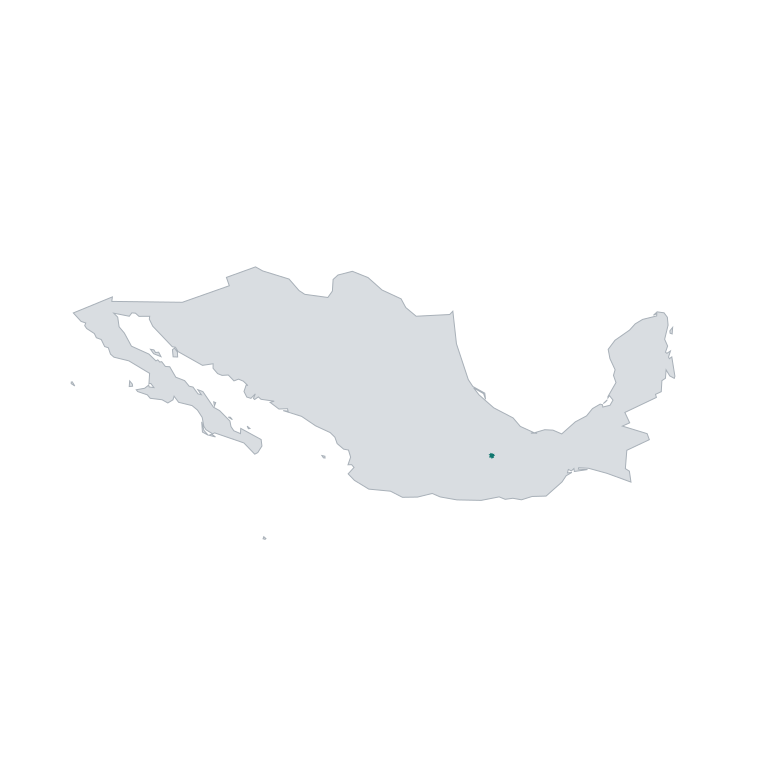 location of Ahuatlán, Puebla, Mexico, rotated 337°
{"feature_id": "50627088B15804587261784", "entity_name": "Ahuatlán", "entity_type": "district", "adm_level": 2, "iso_a3": "MEX", "parent_name": "Mexico", "parent_adm1": "Puebla", "projection": "albers", "projection_center": [-98.289, 18.572], "detail": "fine", "context": "in_parent", "style": "filled", "palette": "teal", "viewbox_px": 768, "rotation_deg": 337, "n_neighbors": 0, "source": "geoboundaries", "source_scale": "gbopen_adm2", "svg_char_len": 4981}
<svg xmlns="http://www.w3.org/2000/svg" viewBox="0 0 768 768"><g transform="rotate(337 384 384)"><path d="M125.8,197.2L168.0,197.7L165.7,201.6L230.3,230.0L280.0,233.1L280.6,224.3L311.5,226.0L316.5,232.5L337.6,250.3L342.3,264.8L346.1,270.5L366.1,282.4L372.8,278.3L378.0,267.9L384.2,265.7L398.9,267.9L410.9,279.8L418.9,296.7L433.0,312.3L433.9,322.1L440.1,334.2L471.6,345.7L475.8,343.9L466.4,375.3L463.3,412.9L464.8,421.0L473.2,431.8L471.5,437.7L471.9,431.8L465.0,422.6L467.2,431.1L475.7,448.8L489.6,465.7L492.9,476.3L502.7,487.0L500.0,486.7L505.7,489.2L503.9,487.7L514.1,488.9L521.5,492.5L528.1,499.4L545.3,493.6L558.0,492.5L566.3,488.1L575.1,487.0L577.0,488.5L576.4,490.7L583.7,491.9L588.5,488.3L587.0,482.8L584.7,484.3L585.2,483.1L598.1,473.3L598.6,465.7L602.3,461.2L601.9,448.9L603.9,439.7L613.7,434.0L631.2,430.3L638.7,426.8L647.3,425.6L661.6,427.9L662.6,425.8L658.9,426.0L663.6,424.3L669.6,427.9L670.9,433.3L668.5,440.8L659.8,452.5L659.9,459.9L655.5,464.7L656.4,466.3L660.6,465.5L656.4,470.4L656.6,472.2L659.5,471.5L654.8,490.5L653.4,492.2L650.2,488.2L649.2,481.2L645.3,488.7L641.1,489.5L636.2,499.4L629.9,499.6L629.5,502.8L594.6,504.3L595.0,515.7L587.0,515.9L606.8,532.5L606.5,538.9L581.6,539.9L573.1,556.2L575.8,560.1L573.0,570.8L554.3,553.3L539.5,541.6L530.5,537.1L529.6,538.3L537.9,542.3L525.0,538.9L525.8,536.0L522.5,537.2L520.3,534.7L518.1,537.5L522.4,538.8L515.9,539.6L509.6,543.7L489.4,550.5L476.4,545.4L465.3,544.3L457.9,539.5L450.5,537.5L445.9,532.9L428.0,529.1L405.9,519.2L391.6,509.9L385.6,503.6L370.7,501.2L356.7,495.5L348.1,485.2L328.9,474.8L319.1,461.1L315.9,452.7L323.8,449.1L322.7,445.6L319.3,444.3L324.7,438.3L325.5,430.9L321.4,428.2L317.6,420.6L318.0,413.8L315.5,407.7L304.7,395.8L295.5,381.6L280.8,369.1L285.1,371.5L285.5,369.0L277.5,366.0L272.0,356.4L276.2,356.9L264.8,350.0L263.3,346.8L258.8,347.7L258.2,346.2L261.7,342.8L255.9,345.2L252.6,342.4L252.2,336.2L256.7,331.1L258.1,332.2L255.6,326.4L252.0,322.7L247.1,322.5L244.2,314.9L238.3,312.8L234.9,309.4L232.8,302.7L234.6,298.6L224.2,295.9L207.1,273.7L206.4,268.7L203.7,267.0L193.7,240.4L193.3,232.6L194.8,230.1L184.9,226.0L182.9,221.7L179.7,220.0L176.0,222.1L162.9,213.2L165.0,218.4L162.5,227.8L164.9,235.7L166.3,250.5L179.3,264.6L183.1,273.6L185.2,273.4L186.1,276.1L188.1,276.6L189.6,282.4L193.5,284.4L195.0,296.4L201.8,303.0L203.8,309.9L207.0,312.2L208.9,320.4L211.7,322.5L210.4,316.5L214.3,320.2L218.0,338.8L222.3,344.3L227.7,357.9L226.5,363.4L227.5,368.4L232.5,373.6L234.8,368.9L249.2,387.1L247.4,393.4L241.0,397.8L237.6,398.1L232.0,383.5L209.0,362.8L206.8,362.9L202.3,356.6L201.6,352.5L203.6,343.7L202.1,335.1L198.9,328.9L187.8,320.6L186.0,313.2L183.6,316.1L177.6,317.0L173.6,311.8L163.2,305.8L161.9,301.5L154.3,294.7L153.7,292.5L162.0,294.4L166.9,293.1L166.7,295.0L170.8,297.4L169.6,292.4L167.7,292.0L172.4,282.6L158.2,263.0L145.9,253.8L143.9,249.6L144.4,242.9L141.5,240.4L141.1,232.6L137.3,229.0L137.1,224.4L132.0,216.8L131.3,213.4L133.3,211.3L129.6,208.0L125.8,197.2ZM206.3,273.9L204.6,278.5L200.5,276.6L202.7,269.7L205.2,269.2L206.3,273.9ZM189.4,271.7L183.8,266.1L182.6,260.8L185.5,262.7L186.0,265.7L189.0,266.7L189.4,271.7ZM668.8,450.5L667.2,449.0L667.9,446.8L671.8,444.7L668.8,450.5ZM202.2,362.5L198.1,357.3L201.4,347.6L200.1,356.4L202.2,362.5ZM151.7,287.8L148.5,286.8L151.1,281.8L152.3,285.8L151.7,287.8ZM98.6,265.0L96.2,261.4L96.9,260.0L97.9,260.2L98.6,265.0ZM205.8,362.9L208.2,366.9L202.9,362.8L205.8,362.9ZM301.4,427.4L300.8,429.1L299.4,428.3L298.9,425.6L301.4,427.4ZM229.6,354.6L230.5,357.6L227.8,353.6L229.6,354.6ZM220.3,333.9L221.8,335.4L219.3,338.0L220.3,333.9ZM214.9,480.2L213.8,480.5L212.2,479.2L213.7,477.6L214.9,480.2ZM581.2,486.9L578.2,487.7L583.4,485.8L581.2,486.9ZM243.2,372.6L241.7,372.2L241.6,369.3L243.2,372.6Z" fill="#d9dde1" stroke="#a8b0b8" stroke-width="1"/><path d="M456.4,491.2L456.2,491.1L455.9,491.1L455.8,490.9L455.9,490.7L455.7,490.6L455.4,490.5L455.3,490.4L455.2,490.4L455.1,490.2L455.0,490.3L454.9,490.3L454.7,490.4L454.5,490.5L454.4,490.5L454.5,490.6L454.4,490.7L454.4,490.8L454.5,490.8L454.5,491.0L454.4,491.1L454.5,491.1L454.4,491.2L454.3,491.3L454.2,491.4L454.1,491.5L453.9,491.7L453.8,491.8L453.7,491.8L453.6,492.0L453.5,492.4L453.4,492.4L453.3,492.5L453.5,492.6L453.8,492.7L453.9,492.8L454.0,492.8L454.0,492.7L454.0,492.8L454.0,492.7L454.2,492.8L454.2,492.7L454.3,492.7L454.3,492.8L454.3,492.7L454.3,492.8L454.3,493.0L454.5,493.1L454.8,493.1L454.8,493.3L454.7,493.3L454.7,493.2L454.7,493.3L454.7,493.5L454.8,493.4L454.8,493.5L455.0,493.5L454.9,493.6L455.0,493.7L455.1,493.8L455.2,493.7L455.3,493.5L455.2,493.4L455.3,493.4L455.4,493.2L455.5,493.3L455.5,493.2L455.8,493.1L455.8,492.9L455.9,493.0L455.9,492.9L455.9,492.7L456.0,492.6L456.3,492.6L456.2,492.5L456.2,492.4L456.2,492.5L456.3,492.5L456.3,492.4L456.5,492.3L456.4,492.3L456.4,492.2L456.5,492.2L456.4,492.1L456.5,492.0L456.4,492.0L456.4,491.9L456.5,491.8L456.5,491.7L456.8,491.6L456.7,491.5L456.6,491.4L456.4,491.3L456.4,491.2L456.4,491.2Z" fill="#14b8a6" stroke="#0f766e" stroke-width="1.5"/></g></svg>